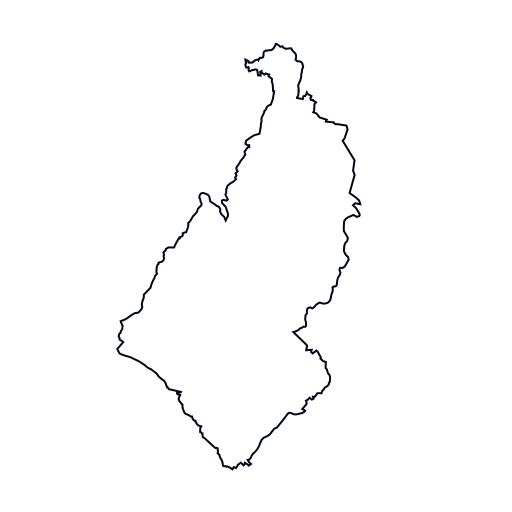 Coacoatzintla, Veracruz, Mexico (Mercator projection), rotated 43°
{"feature_id": "50627088B62702999552661", "entity_name": "Coacoatzintla", "entity_type": "district", "adm_level": 2, "iso_a3": "MEX", "parent_name": "Mexico", "parent_adm1": "Veracruz", "projection": "mercator", "projection_center": [-96.952, 19.681], "detail": "fine", "context": "isolated", "style": "outline", "palette": "ink", "viewbox_px": 512, "rotation_deg": 43, "n_neighbors": 0, "source": "geoboundaries", "source_scale": "gbopen_adm2", "svg_char_len": 6127}
<svg xmlns="http://www.w3.org/2000/svg" viewBox="0 0 512 512"><g transform="rotate(43 256 256)"><path d="M233.2,98.9L225.4,104.2L224.7,105.1L223.6,105.5L222.0,105.6L221.7,105.3L215.4,110.0L214.8,108.1L208.0,111.3L203.1,110.5L199.8,111.8L199.5,110.2L195.1,104.9L195.1,102.6L192.7,103.1L192.5,103.3L191.5,103.4L191.1,103.1L189.6,104.5L188.6,103.9L187.9,103.1L188.1,102.6L187.5,101.2L183.3,102.3L181.7,101.7L182.6,104.0L182.8,105.5L182.5,105.7L181.7,106.8L183.2,109.3L178.2,112.5L177.8,111.9L177.5,110.1L175.8,107.6L174.3,106.0L174.4,105.8L170.5,102.5L169.1,98.9L168.9,97.8L168.4,97.1L167.3,94.7L165.0,92.0L164.2,90.4L162.4,87.9L161.8,86.1L161.3,85.7L161.3,85.3L158.4,83.5L156.6,83.3L154.9,84.1L153.4,85.4L151.1,85.5L149.5,82.9L147.9,81.5L146.5,81.1L141.9,80.8L141.0,80.5L140.4,80.1L139.8,80.3L136.3,84.3L133.6,85.0L132.4,84.6L131.1,86.4L128.3,86.5L126.3,87.0L125.8,87.4L126.6,89.0L127.2,92.4L127.0,94.3L126.1,95.9L125.3,96.4L123.9,98.5L123.2,98.8L122.5,100.7L123.0,102.2L123.4,102.9L124.8,104.3L125.6,105.9L124.6,107.7L124.0,108.0L123.6,108.8L124.2,110.9L123.7,110.6L122.3,112.6L121.8,114.0L121.4,117.1L120.8,117.5L119.0,119.5L118.7,119.6L117.7,118.6L114.3,119.5L115.2,120.4L117.1,121.5L117.6,123.1L118.7,124.1L120.5,124.8L121.6,123.0L122.5,123.3L122.5,123.6L124.1,125.4L125.1,125.6L125.2,124.9L125.7,124.5L126.4,122.8L128.1,120.4L128.3,119.8L130.0,119.1L134.4,122.5L135.6,121.3L136.3,120.9L133.5,118.5L134.0,117.1L134.9,118.2L138.1,117.5L138.4,117.6L138.7,116.7L138.6,115.9L141.8,114.3L142.1,115.6L142.5,116.0L147.0,115.6L148.5,117.6L151.2,119.1L156.1,123.8L156.9,123.1L161.5,130.1L163.6,135.3L163.5,135.7L162.7,136.9L162.3,139.4L163.5,142.8L163.2,144.3L164.1,145.5L165.9,151.4L168.5,154.1L169.5,156.1L170.5,157.1L172.0,159.2L175.2,164.3L172.4,168.7L171.1,173.3L170.1,178.4L171.8,181.2L174.2,180.8L175.4,179.6L176.8,180.9L175.8,182.4L176.5,187.7L178.9,189.0L179.6,192.2L179.9,196.8L180.7,200.2L181.3,204.6L182.7,206.0L184.9,206.6L184.6,209.5L186.9,210.5L187.2,212.9L188.9,213.3L188.8,217.0L187.7,220.4L187.3,224.1L188.9,227.7L191.0,230.0L191.7,231.9L196.9,234.0L196.7,235.6L193.7,237.3L193.3,238.8L195.1,240.4L200.2,240.7L206.4,244.0L208.1,245.7L209.6,250.7L206.1,249.1L202.0,249.1L199.6,248.1L197.9,246.1L195.2,245.3L193.1,246.2L190.7,246.3L185.4,247.3L181.5,244.5L179.3,244.0L176.2,245.0L173.9,246.3L173.2,247.6L173.2,249.3L173.7,250.6L175.0,252.2L176.1,252.3L178.5,254.1L179.8,254.5L181.1,255.4L181.4,256.5L181.3,261.0L182.7,263.9L182.9,266.8L182.8,270.1L183.8,274.1L184.1,276.4L184.0,278.1L184.4,278.8L185.4,279.4L186.9,281.9L188.6,286.2L187.2,288.5L186.9,289.5L188.4,290.8L188.5,292.0L187.3,294.7L188.2,295.2L187.6,296.4L189.2,302.6L190.3,305.6L186.1,309.5L185.3,312.4L186.1,313.4L185.8,316.4L188.1,318.0L188.4,319.1L190.4,320.4L191.2,322.3L191.1,324.4L189.6,326.7L189.3,327.4L190.1,328.2L190.0,329.6L191.5,332.7L192.5,333.4L193.0,334.6L194.5,335.9L195.6,336.4L195.8,337.5L195.7,339.1L196.5,340.8L197.8,345.1L198.8,347.9L200.5,351.2L200.3,360.7L202.4,363.1L203.5,366.0L205.3,369.1L207.6,370.9L208.5,372.9L208.6,377.6L206.6,380.1L205.4,383.2L204.7,387.0L203.8,391.0L201.5,396.0L203.6,397.1L206.1,398.0L208.2,401.1L208.3,402.6L209.3,404.9L209.2,406.6L210.6,408.6L212.2,409.1L213.2,410.1L214.3,410.0L215.7,409.6L217.6,409.5L218.0,418.7L222.2,420.2L222.9,420.2L224.0,419.9L227.2,418.7L233.3,415.6L242.9,412.7L248.8,411.7L251.1,411.6L254.4,411.2L255.8,410.5L262.7,409.8L264.3,409.9L266.4,410.4L268.1,410.5L271.7,410.3L273.9,409.9L275.9,410.4L280.6,412.7L280.8,412.3L283.1,412.8L293.8,406.6L293.9,407.0L291.5,409.7L291.9,410.4L293.2,410.5L294.3,410.0L295.2,409.3L296.6,412.9L297.3,413.6L298.9,414.3L302.6,414.9L303.5,414.8L305.8,417.1L308.0,418.3L310.7,419.4L311.7,419.5L316.1,418.0L317.5,418.0L318.7,417.0L320.7,418.3L321.2,418.2L322.3,418.5L323.6,418.3L323.9,417.9L324.4,417.9L325.0,418.6L326.2,418.8L327.2,419.2L329.4,419.2L331.0,418.6L332.1,417.8L332.3,417.9L332.4,419.5L334.6,422.3L335.3,422.8L335.5,422.5L337.5,422.6L337.9,422.3L338.4,423.0L338.8,423.2L340.4,424.6L340.9,424.8L342.0,424.3L356.5,424.2L357.4,424.0L358.0,423.1L359.0,422.8L361.8,425.2L362.5,426.4L364.5,426.3L367.9,428.1L370.3,428.7L371.9,429.6L375.0,431.9L375.8,431.7L377.0,430.5L378.1,430.3L378.5,429.4L381.4,428.5L384.2,428.1L383.8,425.5L385.9,424.8L385.6,422.1L385.3,421.7L385.2,420.9L385.8,417.5L389.7,417.6L389.7,416.4L388.9,414.9L392.7,414.1L393.6,414.2L394.2,411.5L391.0,411.6L390.2,411.0L389.1,410.8L389.8,409.9L390.0,408.7L389.6,406.5L388.9,404.6L388.7,402.3L388.9,399.3L388.7,396.7L388.3,394.5L385.5,386.7L385.6,383.5L386.9,380.6L387.8,377.3L387.1,370.2L388.3,367.1L387.7,358.7L386.8,349.5L387.3,347.9L389.1,346.8L391.7,345.9L393.4,344.5L396.6,339.8L397.4,337.9L397.7,336.5L397.3,335.6L394.2,336.4L394.0,330.1L393.2,328.8L391.2,327.8L391.9,325.5L391.8,323.2L394.8,322.9L395.4,321.1L393.6,320.1L395.0,318.8L394.5,314.5L396.2,312.8L397.5,311.8L396.4,309.2L396.5,306.9L396.0,305.0L396.7,303.5L396.9,300.7L396.6,299.8L396.3,299.7L395.7,298.3L395.9,297.9L392.9,294.1L390.6,292.8L388.5,292.6L385.1,290.6L383.2,290.4L379.4,285.9L376.7,287.1L373.2,287.1L372.6,286.0L366.6,284.0L364.7,283.9L363.9,288.6L361.8,288.7L360.7,286.6L357.0,290.7L355.4,288.3L355.2,287.3L353.7,286.5L335.2,286.2L336.1,284.6L337.4,281.7L337.6,279.0L338.6,276.8L338.9,275.3L340.3,274.2L340.3,273.1L338.2,270.8L334.9,268.6L334.1,267.3L332.7,265.7L332.5,263.5L330.3,261.0L329.4,259.2L329.9,257.6L331.1,256.4L332.8,256.0L333.2,255.3L333.4,252.4L333.2,250.9L333.7,248.4L334.3,246.7L337.4,245.1L339.0,243.6L340.3,241.6L340.6,239.2L340.1,237.0L337.5,232.9L336.0,229.4L334.7,227.8L333.4,226.9L333.4,225.7L334.6,224.3L335.0,223.2L334.7,221.9L332.1,218.5L330.8,216.1L330.1,212.6L329.3,210.8L326.1,208.9L325.5,207.4L327.5,205.6L328.1,203.1L326.3,195.5L324.1,194.0L320.7,193.9L317.0,192.5L313.7,188.5L312.5,185.7L312.4,182.6L310.8,180.1L307.1,178.9L303.2,177.8L300.2,174.7L296.7,170.3L296.4,167.8L296.8,165.3L299.2,159.6L303.2,158.5L304.3,156.4L303.9,155.3L303.0,154.6L296.8,152.8L292.3,152.7L292.6,149.8L296.9,147.0L293.6,145.1L289.4,145.1L281.5,146.1L272.8,129.4L268.8,127.4L262.8,118.8L240.8,112.6L240.6,109.7L236.6,100.9L233.2,98.9Z" fill="none" stroke="#020617" stroke-width="2"/></g></svg>